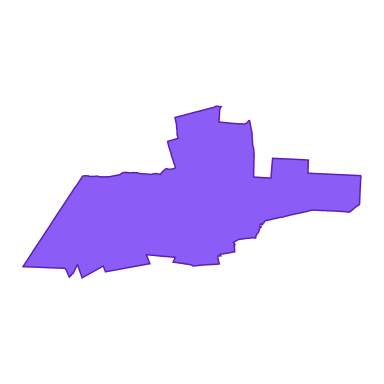 Agigea, Constanta, Romania (Equal Earth projection)
{"feature_id": "2599482B70645181256609", "entity_name": "Agigea", "entity_type": "district", "adm_level": 2, "iso_a3": "ROU", "parent_name": "Romania", "parent_adm1": "Constanta", "projection": "equal_earth", "projection_center": [28.603, 44.096], "detail": "fine", "context": "isolated", "style": "filled", "palette": "violet", "viewbox_px": 384, "rotation_deg": 0, "n_neighbors": 0, "source": "geoboundaries", "source_scale": "gbopen_adm2", "svg_char_len": 5712}
<svg xmlns="http://www.w3.org/2000/svg" viewBox="0 0 384 384"><path d="M255.5,238.0L255.6,237.7L255.8,237.5L255.8,237.4L255.8,237.2L255.7,237.1L255.7,236.7L255.9,236.2L256.2,235.6L256.7,234.5L256.9,234.2L257.1,233.9L257.7,233.3L258.0,232.9L258.2,232.6L258.4,232.1L258.8,231.5L258.9,231.0L259.0,230.7L259.1,230.0L259.2,229.5L259.4,229.0L259.6,228.5L259.8,228.0L260.0,227.7L260.1,227.4L260.3,227.2L260.5,227.2L260.6,227.3L260.6,227.5L260.8,227.5L260.8,227.4L260.8,227.2L261.0,226.7L260.9,226.7L260.7,227.0L260.3,226.9L260.1,226.7L259.9,226.3L259.7,226.1L259.6,225.9L259.7,225.4L259.8,224.9L260.0,224.5L260.2,224.3L260.6,224.1L260.9,223.9L261.1,223.9L261.4,223.9L261.5,224.2L261.6,224.4L261.7,224.7L262.0,224.8L262.3,224.8L262.5,224.7L262.8,223.9L263.1,223.3L263.3,222.9L263.5,222.7L263.9,222.7L264.1,222.2L264.4,221.8L264.8,221.1L265.2,220.7L265.8,220.6L266.7,220.5L269.1,220.0L270.2,219.7L272.0,219.2L273.4,218.9L276.7,218.2L279.1,217.6L281.2,217.2L281.7,217.1L282.1,217.1L282.4,217.2L282.9,217.2L283.4,217.0L283.9,216.7L284.3,216.5L286.4,216.1L288.0,215.7L288.4,215.6L291.3,214.8L296.0,213.8L303.5,212.2L306.3,211.5L306.9,211.5L307.3,211.4L307.5,211.2L311.1,210.4L311.9,210.3L313.3,210.1L316.5,210.2L321.2,210.5L323.3,210.5L326.3,210.5L326.9,210.8L327.5,210.9L327.9,210.9L328.2,210.8L329.4,210.8L335.4,211.0L341.2,211.4L344.7,211.7L347.8,211.9L348.6,212.2L349.0,212.2L349.7,211.9L351.2,210.8L352.7,209.6L354.9,207.7L357.8,205.5L358.9,204.9L359.3,204.6L359.6,204.0L359.7,200.1L359.9,195.3L360.1,191.0L360.1,189.8L360.3,187.0L360.5,186.3L360.4,185.3L360.4,184.6L360.6,183.7L360.5,181.3L360.6,180.3L361.0,176.3L360.7,175.8L360.3,175.5L359.9,175.6L308.0,173.2L307.9,173.0L308.4,160.1L302.8,159.7L272.6,158.3L270.9,178.1L261.0,177.5L253.6,177.0L253.6,176.8L253.6,175.8L253.7,172.1L253.7,168.7L253.8,166.6L253.9,163.4L253.9,162.0L253.9,160.5L253.9,159.3L254.0,158.0L254.0,156.8L254.1,155.2L254.1,154.4L254.0,153.5L253.9,151.8L253.8,150.5L253.7,149.5L253.6,148.4L253.6,148.2L253.1,146.6L252.8,145.5L252.6,144.6L252.5,141.7L252.4,140.6L252.3,138.7L252.2,137.7L252.1,136.6L252.1,134.9L252.0,133.0L251.7,131.7L250.7,126.6L250.1,122.9L249.9,122.3L249.9,122.0L249.8,121.9L249.5,120.6L248.7,120.7L247.5,122.3L247.1,122.8L246.9,122.9L246.4,123.3L246.1,123.4L245.7,123.6L245.3,123.7L244.8,123.9L244.5,123.9L244.3,124.0L244.0,124.0L243.8,124.0L241.6,123.8L240.8,123.8L240.3,123.8L239.7,123.8L238.8,123.8L237.6,123.8L237.3,123.8L237.2,123.7L236.1,123.6L235.6,123.6L234.6,123.6L234.0,123.5L233.1,123.4L232.7,123.4L230.8,123.2L229.5,123.1L226.1,122.7L224.5,122.5L223.7,122.5L222.3,122.3L221.3,122.3L219.7,122.1L219.2,122.1L218.9,122.1L219.1,120.1L219.2,118.2L219.6,111.2L219.7,109.7L219.8,109.0L220.2,108.3L221.0,106.8L221.1,106.7L217.7,106.3L216.7,106.2L215.8,106.2L215.4,106.5L214.9,106.9L214.5,107.1L213.8,107.3L199.9,111.0L192.6,112.8L186.5,114.5L180.8,116.0L175.0,117.5L176.2,123.2L176.5,124.6L176.5,124.9L176.5,125.7L176.7,128.3L177.1,130.8L177.1,131.6L177.1,132.9L177.1,134.6L177.2,135.2L177.3,135.4L178.2,138.3L167.6,141.4L168.2,144.1L168.9,146.9L169.7,149.3L170.6,152.0L171.4,154.6L171.2,154.7L172.5,158.5L173.6,161.9L174.0,163.4L174.5,164.7L174.8,165.0L175.3,167.5L175.0,168.0L174.7,168.3L173.7,168.6L172.4,168.9L170.3,169.3L169.6,169.3L169.2,169.3L166.3,168.6L165.3,169.2L164.7,169.8L163.8,170.5L163.1,171.2L162.4,171.8L162.0,172.2L161.4,173.0L161.1,173.4L160.1,174.6L159.5,174.3L159.0,174.1L158.4,173.9L158.0,173.8L157.4,173.8L156.3,173.6L155.9,173.6L154.7,173.6L154.4,173.6L154.1,173.7L153.6,173.8L153.3,173.9L152.9,174.0L152.5,174.1L152.2,174.2L151.8,174.3L151.5,174.4L151.1,174.4L150.7,174.4L150.4,174.4L150.0,174.3L144.5,173.9L142.8,173.8L140.7,173.7L140.0,173.6L139.7,173.6L139.3,173.5L139.0,173.4L138.1,172.9L137.9,172.8L135.3,172.7L133.9,172.7L132.6,172.6L132.0,172.7L131.0,172.8L130.3,172.8L129.1,172.8L127.3,172.5L126.6,172.4L125.8,172.4L124.9,172.4L124.0,172.5L123.6,172.5L123.2,172.6L122.4,172.9L122.1,173.0L121.9,173.1L121.7,173.2L121.6,173.3L121.4,173.5L120.8,174.0L120.2,174.5L119.8,174.7L119.4,174.8L114.6,175.7L109.1,176.8L107.8,176.7L103.3,176.9L101.8,176.8L100.2,176.7L100.0,176.8L99.3,176.8L99.0,176.7L98.6,176.5L97.6,176.1L97.4,176.1L96.3,176.2L96.2,176.2L94.2,176.4L92.8,176.4L91.7,176.4L90.4,176.5L89.3,176.3L89.0,176.2L88.3,175.8L88.2,175.8L87.8,175.8L87.1,175.8L86.0,175.8L85.4,175.7L84.2,175.8L83.2,176.0L82.9,176.1L82.5,176.3L76.0,186.4L75.4,186.7L72.2,191.7L70.3,194.6L69.0,196.4L67.4,199.0L64.9,202.8L61.9,207.3L61.1,208.6L60.2,209.8L58.5,212.4L57.7,213.7L53.9,219.5L52.4,221.8L51.4,223.4L51.3,223.6L50.9,224.2L50.2,225.2L49.8,225.9L48.6,227.7L47.5,229.4L46.7,230.5L45.3,232.6L43.9,234.8L40.2,240.4L38.4,243.1L37.9,243.9L36.3,246.2L28.6,258.1L26.4,261.5L23.0,266.6L23.3,266.7L43.0,267.4L43.4,267.5L62.0,268.2L64.6,268.3L65.0,268.3L66.0,269.7L69.3,277.0L70.3,276.1L70.9,275.5L71.1,275.3L71.5,274.7L72.2,273.5L73.0,273.6L77.2,265.0L77.6,264.9L82.1,277.7L82.1,277.8L103.2,266.0L105.5,271.8L110.9,270.8L149.6,263.7L149.9,263.7L148.5,260.3L146.4,254.7L158.4,255.8L158.5,255.9L175.3,257.3L173.1,262.2L179.0,262.8L179.0,263.0L184.2,263.5L184.1,263.8L189.9,264.5L193.0,265.7L193.1,266.0L203.0,265.0L218.5,264.1L219.4,263.8L218.9,262.3L218.4,260.3L218.2,259.5L217.9,258.2L217.8,257.0L218.0,256.0L220.8,255.9L220.2,254.3L227.5,253.1L234.7,251.8L234.5,249.0L234.4,247.3L234.3,246.5L234.1,246.1L234.0,245.8L234.7,245.5L234.6,244.6L234.9,244.2L234.2,243.4L233.4,242.5L233.9,242.2L234.9,241.5L237.7,239.9L237.8,239.9L238.6,239.5L239.4,239.4L240.6,239.2L243.3,238.7L243.3,238.9L245.6,238.5L252.0,237.9L252.2,237.7L252.5,237.5L252.9,237.5L253.0,237.6L253.4,237.9L253.9,237.9L254.0,237.8L254.4,237.8L254.5,237.8L254.6,237.7L255.0,237.8L255.5,238.0Z" fill="#8b5cf6" stroke="#5b21b6" stroke-width="1.5"/></svg>